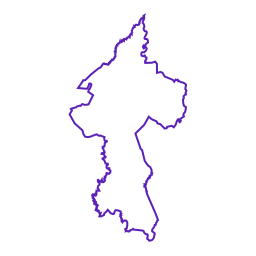 outline of Bougouni, Sikasso, Mali
{"feature_id": "8926073B95704920034733", "entity_name": "Bougouni", "entity_type": "district", "adm_level": 2, "iso_a3": "MLI", "parent_name": "Mali", "parent_adm1": "Sikasso", "projection": "equal_earth", "projection_center": [-7.39, 11.295], "detail": "fine", "context": "isolated", "style": "outline", "palette": "violet", "viewbox_px": 256, "rotation_deg": 0, "n_neighbors": 0, "source": "geoboundaries", "source_scale": "gbopen_adm2", "svg_char_len": 5832}
<svg xmlns="http://www.w3.org/2000/svg" viewBox="0 0 256 256"><path d="M127.4,38.0L126.3,38.5L126.5,39.0L126.4,39.4L125.1,38.8L124.0,39.4L124.0,40.1L123.4,39.4L122.8,40.4L121.9,40.3L121.9,40.7L122.6,41.3L122.2,41.6L121.6,42.1L120.9,41.7L120.1,42.1L120.0,41.7L119.5,43.3L118.3,43.3L117.9,43.8L117.5,45.4L116.8,45.1L116.3,46.6L116.1,46.6L115.5,48.0L116.0,48.2L115.6,48.8L115.8,49.3L115.6,49.9L115.7,50.6L115.0,51.0L114.8,51.6L115.7,51.8L115.4,52.7L115.6,53.2L115.2,53.9L115.5,56.2L114.8,56.7L114.9,57.2L114.4,57.6L114.4,58.2L113.5,58.7L113.5,59.6L112.2,60.2L111.8,59.9L111.5,60.8L110.8,60.9L110.0,61.7L110.5,61.7L110.4,62.5L109.1,63.4L108.9,64.1L108.6,64.4L108.3,64.0L107.9,64.7L107.4,64.7L106.5,64.0L105.7,63.9L105.4,64.2L104.2,63.9L104.1,63.5L103.2,63.6L100.7,67.4L98.5,68.4L90.7,74.7L85.2,80.2L83.0,80.3L82.6,81.5L78.1,88.0L86.8,88.8L87.6,87.9L88.9,84.9L89.2,83.7L90.1,83.4L91.0,83.9L91.4,85.0L89.7,88.9L88.9,89.6L88.2,91.8L93.1,95.2L88.5,104.4L85.1,104.9L82.2,104.1L80.5,105.9L79.2,105.7L77.0,106.5L76.1,107.3L71.2,108.7L70.8,109.0L71.8,110.1L71.9,110.6L69.6,114.4L74.7,123.4L82.4,130.3L83.5,134.2L85.0,136.6L87.6,137.1L90.0,136.8L96.4,134.3L99.2,135.8L100.3,135.5L104.5,137.1L104.2,138.4L104.6,140.5L105.3,141.3L106.7,140.9L106.9,141.4L104.7,143.1L104.8,144.1L104.3,146.6L103.4,146.5L103.0,147.1L102.6,147.1L102.6,148.1L103.5,149.3L104.2,152.0L104.6,151.9L104.7,152.5L104.5,152.8L101.8,153.2L101.6,153.9L103.9,154.2L104.4,155.6L105.7,157.0L105.0,157.8L103.9,157.6L102.5,158.5L102.5,158.9L104.4,160.3L105.5,163.5L107.7,163.6L108.0,164.5L107.7,165.1L107.0,165.0L106.5,165.9L106.6,167.7L107.2,168.5L107.9,168.7L108.5,168.1L109.3,168.2L109.3,170.0L110.4,170.5L110.4,172.3L109.0,173.9L106.8,172.9L106.4,173.2L106.3,173.5L106.6,174.7L105.5,176.2L105.5,177.0L104.6,176.7L104.5,177.4L104.8,178.5L104.1,179.0L104.3,179.8L105.0,180.3L104.9,180.8L104.3,181.0L103.7,182.1L102.4,182.2L102.1,181.7L101.8,179.6L101.3,180.4L101.3,181.8L99.1,180.9L98.4,179.9L97.8,180.1L98.0,181.8L99.6,183.3L99.5,184.7L98.2,185.9L97.6,188.2L98.7,189.3L99.3,190.7L96.4,190.6L96.3,192.1L96.5,193.0L95.1,193.6L94.6,193.3L94.9,193.8L96.4,194.2L96.3,194.9L95.8,195.6L95.2,195.8L94.3,194.5L93.1,194.3L93.0,196.1L92.3,195.8L92.7,197.4L92.7,198.1L94.0,198.4L94.6,199.6L93.7,199.6L93.2,200.7L95.0,202.0L95.4,201.7L96.0,201.9L96.1,202.3L95.7,202.9L94.9,203.0L94.2,202.7L94.2,203.9L94.6,204.1L95.1,203.7L96.1,204.1L96.1,205.0L96.4,205.3L97.2,204.7L97.8,205.2L96.9,206.1L97.1,206.7L96.4,207.1L96.3,209.1L96.8,208.9L96.8,209.1L96.4,209.9L95.9,209.4L95.6,210.1L96.9,210.8L97.6,210.2L98.6,210.6L98.9,210.8L98.7,211.3L98.1,210.9L97.9,211.0L98.0,211.5L98.8,211.8L99.5,213.4L100.7,213.0L100.5,213.6L99.9,214.1L100.0,215.0L99.4,216.3L100.7,216.5L103.9,215.1L104.3,213.4L106.1,211.9L107.8,209.8L110.6,213.2L113.0,214.1L113.9,213.8L114.7,211.5L115.4,210.4L116.0,210.1L117.9,210.4L120.7,211.5L120.7,212.9L121.3,213.6L120.5,214.1L120.4,214.8L120.8,215.2L120.3,215.3L120.7,216.3L120.4,216.5L121.0,217.1L121.2,218.6L121.7,218.6L121.7,219.4L122.2,219.8L122.1,221.1L121.6,221.1L121.7,221.6L122.4,221.6L122.6,222.1L123.2,221.2L124.9,220.4L125.6,220.8L126.3,220.7L127.3,222.4L127.3,225.3L126.8,228.1L125.2,229.1L125.2,229.6L126.0,230.3L125.9,230.8L126.5,230.4L127.2,231.3L128.3,231.1L129.0,231.6L129.7,231.2L130.4,230.1L132.4,229.6L133.1,228.9L133.9,229.6L142.9,230.6L143.7,231.3L144.2,232.6L145.0,233.5L145.9,234.2L147.2,234.2L147.6,234.7L147.8,236.1L147.2,238.1L147.5,239.2L148.3,239.4L149.1,240.6L150.4,240.6L152.2,239.9L153.6,238.3L154.8,233.8L154.3,232.9L152.1,231.3L152.3,229.4L154.3,226.7L154.8,224.9L155.7,224.8L156.0,223.0L157.0,221.6L157.2,220.7L158.0,220.1L155.9,214.3L147.3,194.6L146.6,192.4L146.9,191.8L146.4,191.4L146.5,190.9L146.2,190.5L146.4,190.1L145.8,188.6L146.0,188.3L145.2,186.7L144.3,186.7L144.3,186.4L144.4,185.4L145.1,185.0L145.5,185.2L145.5,184.4L145.2,184.2L145.9,184.1L145.8,183.5L146.6,182.5L146.2,181.4L147.0,180.9L147.5,179.4L148.1,179.3L148.7,178.5L148.0,178.5L148.1,178.1L148.8,177.5L149.5,177.8L149.6,176.2L150.2,176.6L151.0,174.7L151.8,174.7L151.7,173.3L152.2,173.2L152.2,172.9L151.4,172.5L151.7,171.7L151.5,169.8L150.2,167.0L147.9,165.5L144.7,160.8L142.1,150.0L140.7,149.0L135.4,133.5L144.1,125.0L148.8,116.7L151.7,119.2L156.6,121.4L157.4,123.4L160.3,124.1L164.6,128.5L166.6,128.3L167.2,126.8L171.8,125.8L173.8,127.3L175.7,124.7L176.8,121.3L177.6,119.8L178.3,119.2L178.9,119.5L178.9,120.7L179.5,122.2L180.5,121.7L180.8,120.7L180.4,120.1L180.4,118.9L184.0,116.3L183.4,115.3L183.7,113.5L185.0,112.1L185.8,109.2L185.9,107.1L184.3,106.1L183.9,105.5L183.3,103.5L183.0,100.2L183.0,99.6L183.9,98.0L183.5,96.3L185.3,94.6L186.0,94.4L185.5,93.0L186.4,90.6L185.3,89.0L185.6,87.7L185.5,86.8L186.1,85.3L185.9,84.6L184.8,83.5L183.0,82.6L180.3,81.9L178.9,80.9L178.2,81.2L177.7,79.8L177.2,80.2L175.6,79.6L174.2,81.7L172.9,79.9L164.7,76.5L162.5,72.8L160.6,72.0L157.0,72.8L156.9,63.8L155.2,61.6L152.1,62.7L145.9,62.9L146.1,62.6L145.8,62.2L145.1,62.1L145.1,61.0L146.5,58.9L146.5,57.6L145.5,57.2L144.7,55.5L143.1,56.3L142.1,55.9L141.5,55.4L141.3,53.7L141.5,53.0L142.3,52.1L144.0,52.4L146.1,50.4L146.7,48.5L146.3,47.7L145.7,47.3L145.0,47.4L143.8,48.4L143.3,47.7L143.0,46.9L143.1,46.2L143.7,45.5L143.9,45.9L145.4,45.5L145.8,44.1L148.0,42.4L147.7,39.9L146.8,39.0L145.1,39.0L144.5,38.2L144.7,37.1L146.3,34.5L146.8,32.7L146.7,31.9L146.1,31.3L144.7,31.1L143.9,29.8L143.6,28.5L144.4,26.6L143.8,24.2L142.8,23.1L142.7,22.0L143.9,19.3L144.3,17.3L143.9,16.2L144.2,15.4L143.5,15.8L143.3,17.3L142.5,18.5L141.8,18.9L141.5,18.4L141.1,18.6L140.7,19.8L140.1,20.3L139.8,21.6L139.5,21.7L139.3,22.6L139.6,23.1L139.1,23.5L139.1,24.5L137.8,25.0L135.9,24.7L134.8,26.1L134.3,25.9L134.6,27.1L133.2,27.4L133.0,28.4L132.6,28.7L131.8,31.1L132.2,32.5L131.6,33.4L131.7,34.4L130.8,33.8L130.0,35.1L129.7,37.2L129.0,36.5L128.5,37.1L127.4,37.5L127.4,38.0Z" fill="none" stroke="#5b21b6" stroke-width="2"/></svg>